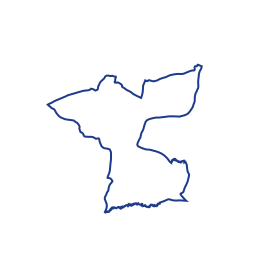 outline of Kamchay Mear, Prey Vêng, Cambodia, rotated 114°
{"feature_id": "14789045B61124482761817", "entity_name": "Kamchay Mear", "entity_type": "district", "adm_level": 2, "iso_a3": "KHM", "parent_name": "Cambodia", "parent_adm1": "Prey Vêng", "projection": "robinson", "projection_center": [105.67, 11.575], "detail": "fine", "context": "isolated", "style": "outline", "palette": "blue", "viewbox_px": 256, "rotation_deg": 114, "n_neighbors": 0, "source": "geoboundaries", "source_scale": "gbopen_adm2", "svg_char_len": 5806}
<svg xmlns="http://www.w3.org/2000/svg" viewBox="0 0 256 256"><g transform="rotate(114 128 128)"><path d="M213.9,114.1L213.6,114.2L213.4,113.7L213.5,113.4L213.2,112.8L212.7,113.2L212.4,112.4L212.6,112.0L212.4,111.8L212.4,111.5L212.1,111.5L211.8,111.1L211.0,110.9L210.6,111.3L210.2,111.2L210.0,110.7L209.9,110.5L209.6,110.8L209.4,110.7L209.1,110.7L208.8,110.9L208.5,110.5L208.5,110.1L208.2,109.7L208.1,110.3L207.6,110.0L207.3,110.3L206.9,110.1L206.8,109.8L207.3,109.5L206.6,108.4L206.3,108.5L206.1,108.4L206.0,108.1L206.4,107.9L206.1,106.7L206.1,106.0L205.5,105.7L205.2,105.4L204.7,105.3L204.4,105.1L204.2,104.9L204.1,104.5L203.9,104.3L203.8,103.7L203.9,103.2L204.0,103.0L204.3,103.4L204.5,103.3L204.6,102.1L204.3,102.2L204.0,101.9L204.1,101.6L203.8,101.3L203.5,101.4L203.2,101.8L202.6,102.0L202.3,101.4L202.7,101.4L202.7,100.7L201.8,100.7L201.7,100.3L202.0,100.1L202.0,99.7L201.5,99.7L201.1,99.6L200.6,99.3L200.5,98.8L199.4,98.5L198.7,97.3L199.2,97.0L199.5,96.2L199.1,96.1L198.4,96.4L198.4,96.0L198.3,95.6L197.7,95.2L197.4,95.4L197.0,95.8L196.8,94.7L197.0,94.3L197.4,94.7L197.8,93.7L197.7,93.4L197.4,93.5L197.0,93.5L197.2,93.1L196.7,92.6L196.4,92.6L196.4,93.0L196.2,93.3L195.9,93.1L195.3,92.1L195.7,91.7L195.4,91.4L195.0,91.2L194.9,91.6L194.6,91.7L194.5,91.3L194.0,90.5L193.5,90.2L193.5,89.8L194.0,89.5L193.9,89.2L194.3,88.9L194.1,88.3L193.7,88.1L193.4,88.4L193.0,88.6L192.7,88.2L193.2,88.0L193.2,87.6L192.9,87.5L193.3,86.5L193.2,85.9L192.6,85.0L191.8,84.8L191.7,84.4L192.0,84.4L192.3,84.1L192.5,83.5L193.4,84.1L193.5,83.9L192.9,83.2L192.9,82.9L193.0,82.7L193.3,82.5L193.0,82.1L192.4,82.0L192.1,81.8L192.4,81.2L192.4,80.8L191.7,80.6L192.0,80.1L192.1,79.8L192.1,79.4L192.5,79.0L192.4,78.6L192.1,78.3L192.1,77.9L191.9,77.5L192.0,76.8L191.7,76.5L191.3,76.6L191.2,76.1L190.7,76.1L190.1,76.5L188.8,75.9L189.2,75.4L188.6,74.5L188.3,74.3L188.5,74.0L188.8,73.9L189.0,73.6L189.0,72.8L188.3,73.0L188.0,72.8L188.3,72.6L187.5,71.4L187.8,71.1L188.1,71.1L187.9,70.4L187.2,70.6L187.0,69.9L186.6,70.1L186.3,70.0L186.2,69.7L185.5,70.0L185.1,70.0L184.8,69.5L184.7,68.7L184.4,68.4L184.3,68.7L183.5,68.8L183.0,68.5L182.5,67.8L179.9,65.1L177.1,62.6L176.4,61.6L175.8,57.4L174.6,54.3L173.0,51.2L170.8,45.2L170.4,46.4L168.1,51.6L167.2,53.0L166.8,53.2L165.8,52.7L164.8,51.8L163.7,51.4L159.5,51.9L155.2,51.7L152.4,51.8L147.0,52.8L145.6,53.3L144.6,54.5L143.5,55.8L141.8,57.0L137.7,59.4L136.8,60.2L136.4,61.2L135.9,61.4L135.6,61.7L135.9,62.3L136.5,62.6L136.1,62.8L135.7,62.6L135.6,63.0L135.2,62.9L134.9,63.2L135.1,63.6L135.5,63.5L135.8,64.1L135.9,64.6L136.3,64.9L136.5,65.3L136.8,65.1L137.1,65.5L137.5,65.9L138.0,65.7L138.2,66.0L138.1,66.3L137.8,66.9L138.0,67.3L137.8,67.4L137.8,68.0L138.1,68.0L138.4,67.7L138.5,68.1L138.0,68.4L138.2,68.8L138.0,70.3L137.8,70.5L138.3,70.8L138.2,71.4L137.9,71.7L138.0,72.1L137.1,72.3L137.1,72.7L137.7,73.5L138.1,73.6L138.7,73.4L138.8,74.3L139.1,74.5L139.8,74.6L140.3,74.4L140.8,74.0L141.2,74.2L141.3,74.7L141.7,74.9L142.2,74.6L141.9,75.9L140.1,79.1L139.4,80.6L138.3,83.8L137.7,87.1L137.7,90.3L138.0,93.4L139.0,99.3L139.9,101.9L140.5,104.2L140.6,106.2L140.7,109.8L140.6,110.9L140.3,111.8L139.6,112.7L137.7,113.1L133.3,113.0L131.7,112.8L127.4,113.7L124.5,113.5L122.8,113.5L118.3,114.2L115.0,114.4L113.4,113.9L112.3,113.1L110.9,111.8L108.3,108.5L107.0,106.5L105.9,104.0L102.8,98.7L102.0,97.5L100.5,94.9L98.9,91.3L96.4,85.1L95.7,84.5L93.8,82.0L92.7,80.8L91.3,79.7L90.4,79.1L89.3,78.7L88.0,78.3L86.6,78.0L83.4,77.5L81.9,77.4L80.1,77.7L77.5,77.8L76.3,78.0L72.6,79.5L70.0,80.2L68.6,80.3L66.2,80.2L64.3,80.3L63.4,80.1L61.5,80.6L56.9,82.9L49.6,85.2L46.5,85.6L44.5,85.3L42.4,85.5L41.6,85.8L41.7,86.6L41.7,89.0L41.8,90.0L42.3,90.2L43.0,90.1L43.6,90.3L44.2,91.5L44.7,92.0L45.7,91.8L46.8,91.1L47.8,90.7L48.4,90.9L48.8,91.5L49.3,92.8L51.1,94.8L55.8,99.3L57.1,101.4L58.2,104.2L59.0,105.7L61.0,108.9L61.7,109.6L62.4,110.8L64.8,113.0L66.4,114.3L67.3,115.6L70.3,118.9L71.8,120.0L73.2,121.3L74.7,123.2L75.3,124.8L75.7,127.9L76.1,128.7L77.2,129.2L77.5,130.4L77.5,131.6L78.1,131.5L83.4,131.4L84.7,130.8L89.1,129.2L91.5,128.7L95.0,128.2L95.3,128.3L95.1,130.1L95.1,132.6L94.8,137.3L94.2,139.1L93.8,142.2L93.8,144.5L93.2,147.1L92.8,149.8L92.6,150.3L91.5,150.7L90.8,152.1L90.6,154.0L90.5,155.8L91.4,157.1L91.8,158.5L91.1,159.0L90.2,158.8L89.9,159.1L88.1,159.6L86.3,159.8L86.1,160.2L86.6,161.9L86.7,163.7L87.3,164.4L87.9,165.8L88.0,167.0L88.8,168.7L89.7,169.5L90.4,169.8L91.5,169.8L92.2,169.9L93.8,170.5L95.0,171.1L97.2,171.9L99.1,172.1L100.7,172.0L101.6,172.2L104.8,171.4L105.7,171.7L107.1,173.1L106.7,175.3L107.1,177.8L108.0,178.1L108.8,178.6L109.6,179.5L112.1,183.8L114.2,186.4L118.4,191.3L122.3,196.0L125.0,198.3L133.1,205.9L136.5,208.4L137.6,209.5L139.3,210.8L139.7,209.8L140.2,207.8L140.6,206.6L140.9,205.3L140.9,203.4L141.1,202.9L141.5,202.2L143.6,199.3L144.0,198.5L144.9,196.8L145.6,194.5L145.7,192.4L145.5,188.7L144.9,186.6L143.7,182.5L143.2,180.5L143.3,180.0L143.9,178.4L143.9,176.7L144.2,175.9L145.2,174.2L146.3,172.9L146.9,172.6L148.2,172.3L148.6,172.0L150.0,170.7L150.8,170.1L151.0,169.4L151.1,168.8L150.9,168.4L151.2,167.4L151.6,166.6L152.4,165.8L153.0,165.1L153.3,164.4L153.4,163.9L153.2,163.4L152.1,160.4L151.0,158.0L150.6,156.6L150.7,154.0L150.9,152.8L150.5,152.2L149.7,151.4L149.5,150.6L149.8,149.9L150.5,149.3L151.4,148.8L152.3,148.0L154.3,146.0L155.2,145.0L155.8,143.7L156.1,142.5L156.1,141.4L155.4,138.9L155.0,136.5L155.1,135.8L155.4,135.4L155.9,135.0L156.5,134.2L157.3,133.6L162.5,131.2L164.8,130.4L166.8,129.8L173.3,127.6L175.1,127.1L177.1,126.8L180.2,126.7L181.2,126.6L181.8,126.4L181.3,124.6L181.3,123.5L181.8,122.1L182.9,120.6L183.3,120.6L184.4,120.8L187.1,121.6L190.0,121.4L193.4,120.5L195.0,120.9L196.4,120.9L198.0,120.8L199.7,120.9L201.2,120.8L202.2,120.4L206.0,116.7L207.6,115.7L209.2,115.2L211.0,114.9L214.3,114.9L214.4,114.3L213.9,114.1Z" fill="none" stroke="#1e3a8a" stroke-width="2"/></g></svg>